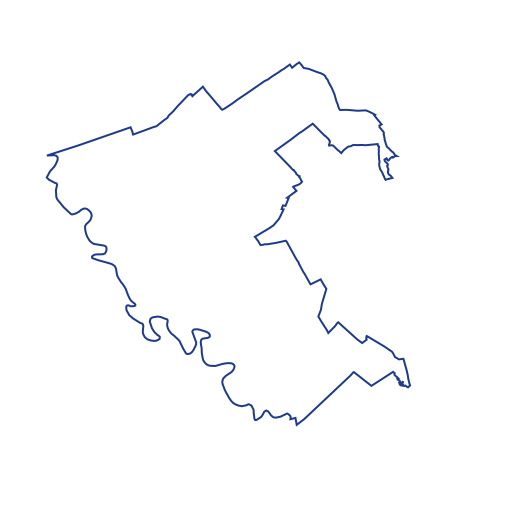 Stanilesti, Vaslui, Romania, rotated 159°
{"feature_id": "2599482B69878309601464", "entity_name": "Stanilesti", "entity_type": "district", "adm_level": 2, "iso_a3": "ROU", "parent_name": "Romania", "parent_adm1": "Vaslui", "projection": "equal_earth", "projection_center": [28.168, 46.666], "detail": "fine", "context": "isolated", "style": "outline", "palette": "blue", "viewbox_px": 512, "rotation_deg": 159, "n_neighbors": 0, "source": "geoboundaries", "source_scale": "gbopen_adm2", "svg_char_len": 6082}
<svg xmlns="http://www.w3.org/2000/svg" viewBox="0 0 512 512"><g transform="rotate(159 256 256)"><path d="M415.2,424.7L408.2,422.4L406.6,421.2L405.9,419.7L405.9,418.9L406.9,416.6L410.1,413.4L412.3,411.7L417.9,408.9L423.2,404.3L422.0,401.5L417.7,396.5L416.1,395.1L416.2,393.7L419.2,389.2L421.3,382.6L421.2,379.9L418.0,370.3L413.6,361.3L412.9,360.8L411.9,360.5L409.2,360.3L405.6,360.7L402.4,361.8L399.9,362.0L398.0,361.3L397.0,360.5L395.7,358.6L394.8,356.2L394.6,354.6L395.0,352.4L396.2,350.6L397.8,348.9L399.7,347.9L403.2,346.5L404.6,345.4L405.2,344.4L406.2,340.9L406.6,338.1L406.7,334.7L405.9,330.0L404.8,327.7L403.2,325.5L394.2,320.2L393.4,319.5L392.9,318.9L392.6,317.9L392.9,316.4L393.2,315.6L394.4,313.9L396.1,312.5L398.3,312.5L404.5,314.7L406.1,315.0L407.7,314.9L409.1,314.4L409.5,313.9L409.6,312.7L404.9,308.7L394.4,300.9L393.1,299.6L391.5,297.2L391.3,295.5L391.3,294.2L392.6,287.6L392.3,284.5L391.4,280.2L390.2,276.5L389.4,271.9L389.5,265.4L389.2,261.2L388.5,258.6L386.5,255.2L386.1,254.3L386.1,253.6L386.5,253.0L387.4,252.9L388.2,253.0L390.8,253.9L391.4,254.3L392.6,255.6L394.0,256.0L394.7,255.8L395.2,255.2L396.0,253.3L396.3,251.4L395.5,246.1L394.3,244.1L393.4,242.1L388.1,235.0L386.3,233.6L386.1,232.2L386.5,230.5L388.4,226.8L389.2,224.8L389.2,222.6L389.0,220.5L388.3,218.9L387.2,217.1L384.4,214.8L383.0,214.0L381.3,213.2L379.8,212.7L377.7,212.7L375.8,213.1L374.8,214.9L375.0,215.7L376.5,217.9L377.1,219.3L377.8,220.6L378.4,222.6L379.0,225.9L378.7,232.8L377.0,235.2L374.7,235.8L369.9,234.8L368.1,234.0L366.0,232.5L363.9,230.5L362.2,229.2L361.6,228.5L361.5,227.6L362.4,225.7L363.2,224.7L363.9,222.6L364.2,220.4L364.0,218.1L363.6,216.2L362.7,213.8L360.9,210.7L357.9,204.4L357.2,195.7L356.3,190.4L355.5,189.2L354.0,188.7L352.2,188.6L350.3,189.2L348.0,190.7L344.6,193.8L343.6,195.1L342.8,196.6L342.6,208.0L342.0,208.9L341.1,209.4L340.0,209.6L337.2,208.7L335.3,207.6L329.6,203.1L328.0,201.2L327.4,199.2L327.7,198.0L328.0,197.4L328.8,196.9L330.5,196.9L335.2,197.9L336.4,197.8L337.2,197.3L338.4,195.6L339.2,192.6L339.7,189.7L341.4,184.7L342.4,179.6L342.6,177.5L342.2,175.4L341.5,173.6L340.7,172.2L339.6,171.0L338.0,169.9L334.9,168.5L332.9,167.8L326.1,167.3L322.2,166.5L319.9,165.8L317.2,164.5L316.3,163.6L315.6,162.1L315.5,161.1L315.8,160.2L317.3,158.4L318.6,157.4L320.3,156.5L327.2,154.9L330.1,153.6L331.6,152.2L332.6,150.5L333.1,148.3L333.1,144.7L333.1,141.8L332.8,139.2L331.9,133.0L331.1,129.6L330.2,127.4L328.7,125.2L325.9,122.6L323.0,120.8L318.5,120.1L316.4,120.3L315.8,120.1L313.9,118.1L313.4,113.9L313.4,113.2L314.3,110.6L315.8,104.6L315.6,103.2L314.9,102.8L313.6,102.9L308.8,103.9L306.5,105.5L304.2,107.6L301.9,108.1L300.6,106.9L299.5,103.9L299.2,102.1L298.0,99.8L297.1,98.8L295.0,97.9L290.8,97.2L283.4,97.8L282.9,97.4L281.5,95.0L281.3,94.2L281.4,93.2L282.4,91.3L277.2,90.7L278.5,83.8L269.8,86.3L210.3,110.7L206.9,112.5L206.2,112.5L194.8,93.4L169.5,98.7L169.1,97.8L168.5,96.9L169.3,95.6L168.9,94.4L167.7,92.4L167.0,90.7L168.1,90.7L168.1,89.9L167.4,89.8L166.5,87.9L166.8,86.6L167.7,86.6L167.8,84.5L167.5,83.8L164.8,85.9L164.3,86.0L163.9,85.6L164.3,85.1L165.7,84.0L166.5,83.7L166.3,83.5L165.1,83.6L164.9,83.0L165.7,82.7L165.8,82.5L164.3,81.6L163.8,81.5L163.1,81.6L161.7,79.5L161.1,78.9L158.6,79.9L158.3,83.5L157.8,87.0L156.9,91.1L156.3,95.6L155.2,107.2L159.6,108.3L162.5,112.0L162.9,116.2L163.4,118.0L168.5,125.4L181.8,142.3L181.4,140.5L182.5,140.0L182.7,138.2L188.1,136.7L191.3,141.7L203.0,164.7L204.5,164.1L207.3,162.2L216.1,158.2L216.2,159.8L216.8,163.6L217.2,165.0L217.7,167.9L218.3,170.4L219.5,177.1L214.7,182.5L211.5,187.9L202.1,200.1L203.3,206.1L204.0,211.0L215.3,210.0L217.0,221.8L217.6,224.5L218.7,233.6L218.5,235.1L219.0,236.2L219.6,239.3L222.2,258.3L222.8,259.6L232.7,261.1L239.9,262.6L241.9,263.1L242.8,263.6L247.6,264.4L248.0,265.0L248.6,269.2L249.1,270.6L249.9,273.7L250.2,274.3L233.0,277.3L228.6,278.4L221.6,282.2L219.2,284.2L213.6,289.6L215.3,290.6L212.7,293.6L210.5,292.2L204.8,298.3L206.1,299.2L194.9,302.3L196.6,307.2L196.0,307.4L189.7,307.4L187.3,308.3L186.4,308.9L186.8,310.6L186.8,312.5L187.4,313.9L186.7,314.8L187.7,315.8L188.8,317.8L189.0,318.6L188.9,319.2L189.1,319.9L189.3,320.6L189.8,321.5L189.9,322.7L190.8,323.4L192.1,326.9L200.8,347.2L181.6,352.2L171.6,355.2L168.8,355.7L155.6,359.2L148.8,343.7L148.3,343.3L146.1,338.5L146.3,338.1L146.1,336.9L145.9,336.5L146.9,334.9L148.1,333.6L148.1,332.8L145.6,332.3L144.4,331.4L141.5,325.2L141.1,324.8L139.5,321.5L136.4,323.3L130.8,325.1L128.2,324.5L125.7,324.8L124.3,324.4L121.7,323.2L117.3,321.7L113.9,320.1L102.3,316.9L102.6,315.0L102.0,314.1L102.0,313.6L103.0,312.2L103.8,309.6L104.5,308.2L106.5,301.9L106.8,299.9L107.3,298.9L107.7,298.5L108.5,296.4L109.0,292.6L108.2,288.5L108.2,286.1L108.0,284.5L108.0,281.7L107.6,280.6L106.5,280.7L100.7,280.0L101.4,282.5L102.8,284.6L102.9,286.6L102.7,287.0L102.4,287.9L101.9,288.3L101.8,288.8L101.3,289.5L101.4,293.0L100.2,293.8L100.1,294.2L100.1,294.8L101.7,298.4L101.7,298.9L101.5,300.0L99.1,300.4L98.9,299.8L99.0,298.8L98.5,297.8L98.1,297.7L95.2,299.3L93.4,299.7L93.2,299.7L92.9,298.8L90.4,299.4L88.8,298.9L90.0,300.4L90.5,301.8L90.5,302.6L90.7,303.3L91.9,305.2L93.4,308.8L94.6,311.0L94.6,313.7L94.3,316.9L94.3,318.3L93.7,319.9L93.7,320.8L93.2,323.0L93.4,323.5L92.5,325.0L92.6,326.4L94.5,331.9L94.1,333.5L91.6,333.8L95.2,345.0L94.2,345.2L95.1,346.3L98.5,350.0L100.9,352.3L101.6,352.7L109.1,355.2L118.4,359.7L125.3,362.3L125.7,364.4L125.4,368.3L125.5,371.4L124.8,378.7L125.0,385.2L125.9,392.1L126.0,394.9L126.9,397.6L126.8,398.9L127.7,400.8L129.8,403.2L132.8,405.6L139.8,411.9L143.9,414.3L144.2,414.6L145.0,417.8L146.2,421.2L149.0,420.7L154.8,418.8L155.8,422.6L163.1,420.7L165.3,420.4L169.1,419.4L177.0,417.8L181.6,416.5L185.0,416.3L207.6,410.8L217.3,408.6L223.3,406.9L230.5,405.3L233.1,404.8L235.2,404.7L235.8,405.7L236.6,408.6L237.7,411.2L242.3,424.5L243.2,426.7L244.9,433.1L258.1,428.0L258.2,428.9L257.7,429.1L258.0,429.7L258.6,429.5L259.0,430.7L261.7,430.5L275.6,423.9L281.1,420.9L287.3,418.3L289.2,416.7L293.0,415.8L302.4,412.8L305.4,413.1L327.2,413.4L326.9,416.1L327.0,421.1L382.3,422.9L415.2,424.7Z" fill="none" stroke="#1e3a8a" stroke-width="2"/></g></svg>